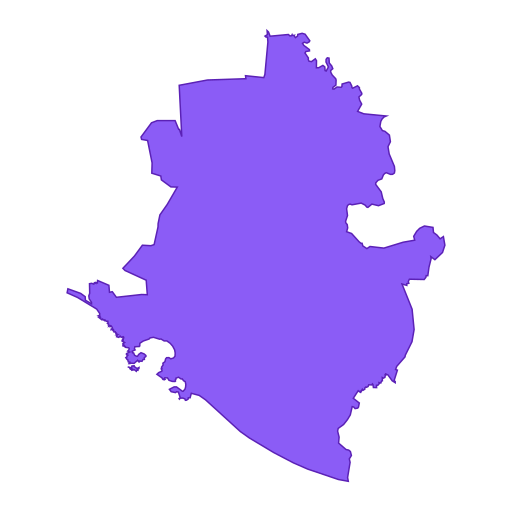 Acapulco de Juárez, Guerrero, Mexico
{"feature_id": "50627088B85761395013038", "entity_name": "Acapulco de Juárez", "entity_type": "district", "adm_level": 2, "iso_a3": "MEX", "parent_name": "Mexico", "parent_adm1": "Guerrero", "projection": "robinson", "projection_center": [-99.858, 16.959], "detail": "fine", "context": "isolated", "style": "filled", "palette": "violet", "viewbox_px": 512, "rotation_deg": 0, "n_neighbors": 0, "source": "geoboundaries", "source_scale": "gbopen_adm2", "svg_char_len": 6023}
<svg xmlns="http://www.w3.org/2000/svg" viewBox="0 0 512 512"><path d="M207.5,80.0L179.2,85.3L181.8,136.6L179.4,129.4L178.7,129.4L175.1,120.6L157.2,120.6L151.5,122.8L141.0,137.0L141.6,139.4L147.6,140.5L152.1,162.9L151.8,173.2L160.8,176.0L161.4,179.9L170.9,186.9L177.3,187.1L167.2,204.5L159.9,214.9L158.1,223.6L158.0,227.0L154.1,244.6L150.9,245.7L142.4,245.2L134.4,256.1L122.9,268.3L125.0,270.5L146.2,280.2L147.3,294.7L141.6,294.5L116.4,297.3L112.3,291.7L109.5,292.3L108.9,285.3L97.6,280.5L97.4,282.9L95.9,282.5L95.9,283.3L94.4,282.7L93.8,284.1L91.6,283.3L89.5,283.7L89.7,293.3L88.8,295.9L89.2,298.9L91.5,302.3L91.5,303.8L85.4,300.2L85.2,296.7L80.7,293.4L67.9,288.8L67.1,292.8L77.6,297.5L96.7,309.1L99.7,313.5L99.7,315.2L99.0,315.5L99.6,315.6L99.3,316.2L99.8,316.6L99.3,316.8L99.8,317.2L98.7,317.3L101.2,319.3L102.3,319.1L102.2,319.8L103.2,319.6L104.3,320.5L104.5,319.9L104.8,319.8L106.3,321.4L107.8,321.2L108.0,322.9L107.5,323.4L108.5,324.0L108.3,325.0L109.3,325.4L108.9,326.2L110.5,325.6L110.9,325.8L110.6,326.5L111.4,326.2L112.3,327.6L112.5,328.7L111.2,329.0L111.1,329.7L112.1,329.4L112.6,330.0L112.5,329.1L113.4,329.5L114.1,332.0L115.3,331.8L115.9,333.5L116.5,333.2L117.1,334.4L116.7,334.7L117.3,334.7L116.6,335.1L117.1,335.3L116.6,336.7L118.8,337.4L120.1,336.1L121.2,337.3L123.2,336.7L123.7,337.2L123.7,338.0L123.0,338.3L123.2,339.3L122.5,339.5L122.1,340.6L123.1,340.4L123.0,341.2L122.2,341.2L124.6,342.5L122.9,343.8L123.9,345.0L122.9,345.2L123.0,345.9L124.1,345.7L124.2,346.3L125.2,346.5L125.3,347.3L128.7,347.8L129.2,348.5L128.9,349.9L127.7,351.1L129.7,352.0L126.5,353.6L126.4,354.2L127.9,355.1L126.9,355.9L127.0,356.9L125.8,357.6L127.1,359.5L127.7,359.6L128.3,361.9L129.8,362.2L129.0,363.6L129.9,363.6L130.0,363.1L134.1,363.4L137.6,360.3L138.2,361.1L138.4,360.6L138.3,361.3L139.1,362.0L139.6,361.6L139.3,361.0L142.0,361.3L143.0,359.5L144.4,359.4L144.3,357.6L145.9,356.5L145.9,355.5L144.1,353.9L141.0,352.7L138.7,354.4L137.5,356.3L136.7,356.3L134.6,355.3L133.6,352.9L132.5,352.8L132.2,351.3L135.1,349.9L134.4,348.9L134.9,346.7L139.8,346.5L138.9,346.4L139.8,345.9L139.8,343.3L143.3,341.0L149.1,339.0L150.1,337.9L153.5,337.3L159.6,339.2L161.0,339.0L164.1,340.9L166.8,340.9L170.2,343.3L172.7,346.2L174.6,349.8L175.2,353.0L175.0,356.2L173.5,358.0L170.8,358.8L168.9,357.6L166.6,357.7L165.6,358.9L164.9,361.7L162.9,363.2L163.1,365.0L161.5,367.2L161.9,368.5L161.2,368.9L162.0,370.2L161.8,371.2L158.7,372.6L156.9,374.3L161.9,377.8L162.9,379.4L164.3,379.8L165.0,379.4L164.1,378.7L164.8,377.8L167.5,377.9L169.0,380.3L172.2,381.4L175.0,381.5L175.5,381.1L175.3,379.8L176.0,379.1L175.9,378.2L178.5,377.2L181.1,379.0L182.3,378.9L183.5,380.7L185.2,381.6L185.8,384.3L185.6,387.0L185.0,389.1L183.2,391.2L182.5,391.3L176.5,386.9L174.1,386.9L169.4,389.3L171.2,391.7L175.5,392.6L176.6,391.7L178.4,392.1L180.1,397.3L180.0,398.0L179.1,398.5L179.4,399.1L180.4,398.1L182.9,398.1L184.9,398.9L185.4,400.3L186.5,400.2L188.2,399.0L188.3,397.8L190.1,397.8L191.3,393.3L199.2,395.4L205.5,399.8L240.4,431.6L249.4,438.0L273.8,452.6L293.5,462.9L307.7,469.1L338.4,479.5L348.3,481.3L347.6,477.5L350.1,462.3L349.3,458.9L351.4,455.5L350.4,451.5L348.7,450.1L346.0,449.5L338.6,443.1L339.1,437.1L337.6,431.1L338.2,428.4L343.6,424.5L347.4,419.7L350.3,414.9L352.2,406.6L353.7,407.0L355.1,408.6L357.7,408.1L358.5,407.0L359.3,403.0L353.3,398.3L358.2,390.7L359.3,391.6L360.3,391.3L359.9,392.0L360.7,392.4L362.3,389.3L363.0,390.3L364.8,389.2L364.8,388.0L365.8,387.0L366.5,387.3L368.1,386.5L368.7,384.8L371.8,384.9L372.4,383.9L373.0,384.6L373.4,387.5L376.6,387.6L376.5,385.3L377.9,385.2L379.3,383.6L379.0,382.6L380.8,383.0L381.5,381.1L382.4,380.8L382.3,377.6L383.3,378.2L384.9,377.4L385.3,375.3L386.0,375.0L385.2,374.5L385.6,373.9L387.9,374.9L392.2,380.8L395.2,382.7L395.2,381.5L394.1,380.6L397.4,370.1L395.6,369.5L396.7,366.4L405.0,356.9L405.3,355.2L412.0,341.7L414.1,329.5L412.1,309.2L402.0,284.0L406.8,285.4L406.8,283.6L408.8,283.3L408.3,281.5L409.4,279.2L424.2,279.5L425.9,277.3L426.2,275.6L427.8,275.7L429.0,267.1L431.1,258.7L430.8,256.6L434.9,259.7L442.5,252.5L444.9,245.2L443.4,236.6L440.1,238.8L436.9,235.0L433.5,232.5L433.0,227.4L424.4,226.0L419.7,228.3L416.7,231.3L413.7,236.3L414.7,240.2L403.2,242.2L383.9,248.1L370.0,246.5L366.9,248.6L362.8,245.9L362.1,243.3L361.0,243.3L359.1,241.8L351.6,233.5L346.6,231.7L347.7,227.9L347.2,224.5L345.8,222.8L345.6,221.3L347.5,215.5L346.6,208.7L347.5,205.6L348.7,204.5L350.1,204.1L352.0,204.8L361.2,203.1L365.1,205.1L366.8,207.1L367.9,207.4L371.9,204.1L378.5,205.7L384.2,203.5L384.3,202.0L382.8,198.6L381.2,191.8L375.7,184.4L375.8,182.8L378.0,180.3L381.8,178.9L383.4,174.9L384.8,173.4L386.3,172.7L390.5,174.4L392.6,174.3L394.4,173.0L394.8,170.6L394.4,166.4L389.2,154.0L388.0,146.7L390.4,141.7L389.4,135.1L384.9,131.3L382.4,130.6L379.9,126.5L380.8,121.4L382.1,119.0L384.0,117.0L386.3,116.0L363.7,113.8L357.6,111.4L361.7,104.1L359.6,100.1L358.9,97.0L361.7,94.4L361.8,93.3L359.4,89.0L359.4,87.6L357.5,85.8L352.7,88.2L352.0,87.7L351.8,86.1L350.0,82.4L348.6,82.1L342.1,84.0L341.9,86.6L341.1,87.3L337.0,87.0L334.0,89.1L332.7,88.9L332.9,87.4L335.9,85.1L336.1,80.1L335.7,78.7L332.2,75.0L330.7,72.1L330.7,70.5L332.8,68.7L331.7,65.9L329.3,63.0L329.0,58.1L327.3,57.8L326.1,59.3L326.0,62.0L328.4,67.0L326.2,71.0L325.1,70.6L324.8,66.9L322.9,65.4L318.7,67.7L316.4,67.8L316.5,60.7L315.3,58.8L311.5,61.6L309.0,61.2L308.2,59.3L308.4,58.0L305.0,53.0L305.9,51.5L309.5,50.9L309.4,49.6L303.8,45.4L302.5,43.3L304.2,42.2L307.0,43.1L309.2,41.9L309.8,40.8L305.1,34.2L302.1,33.3L297.8,34.4L297.5,36.2L295.4,37.6L294.0,35.7L294.3,35.3L292.4,35.4L292.1,34.7L291.6,35.7L289.9,35.9L288.4,34.5L270.1,36.2L268.5,32.0L267.1,30.7L267.4,34.6L265.0,36.1L265.9,37.0L267.5,37.2L267.9,42.0L264.9,74.4L263.8,77.6L245.5,75.7L245.9,78.7L207.5,80.0ZM134.1,365.8L131.9,366.0L131.6,367.8L127.7,366.9L129.7,367.5L129.9,368.5L130.4,369.2L131.4,369.1L131.6,370.0L132.6,369.3L132.8,370.1L134.3,369.7L136.3,371.3L136.8,370.2L137.9,370.3L137.8,369.4L138.9,368.6L139.0,367.5L137.0,368.5L134.1,366.4L134.1,365.8Z" fill="#8b5cf6" stroke="#5b21b6" stroke-width="1.5"/></svg>